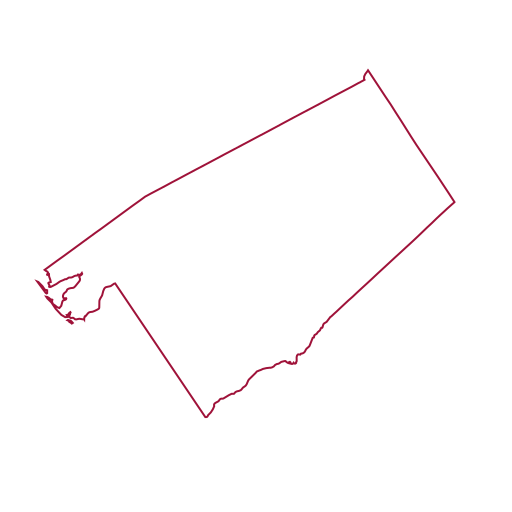 SVG path tracing the border of Alabama, rotated 56°
{"feature_id": "USA-3541", "entity_name": "Alabama", "entity_type": "State", "adm_level": 1, "iso_a3": "USA", "parent_name": "United States of America", "parent_adm1": "", "projection": "equal_earth", "projection_center": [-86.886, 32.617], "detail": "fine", "context": "isolated", "style": "outline", "palette": "rose", "viewbox_px": 512, "rotation_deg": 56, "n_neighbors": 0, "source": "natural_earth", "source_scale": "10m", "svg_char_len": 5273}
<svg xmlns="http://www.w3.org/2000/svg" viewBox="0 0 512 512"><g transform="rotate(56 256 256)"><path d="M210.7,431.4L210.3,431.1L210.3,431.6L210.7,432.3L211.2,432.9L211.8,433.4L212.5,433.9L212.0,433.9L211.9,434.7L209.2,437.6L208.6,439.0L208.1,440.4L207.3,441.4L205.8,441.8L204.8,442.3L204.3,443.4L203.6,444.4L202.1,444.7L201.1,444.6L200.9,444.2L200.8,443.7L200.5,443.0L199.4,441.9L199.1,441.3L198.7,441.3L198.8,442.7L199.2,443.6L199.5,444.5L199.1,445.9L199.8,445.9L200.5,445.9L201.1,445.6L201.7,445.3L200.0,448.4L196.0,450.3L187.8,451.6L180.0,451.6L174.5,452.7L172.5,452.7L173.3,451.9L174.7,451.2L177.1,450.5L177.6,450.1L178.0,449.5L178.4,449.3L179.8,450.7L182.2,451.2L184.5,450.3L187.4,449.4L189.2,448.1L188.4,445.3L185.5,442.0L185.0,441.0L185.2,440.1L185.7,438.3L185.6,437.6L185.1,437.0L184.8,437.0L184.6,437.4L183.8,438.6L183.9,439.0L182.9,439.1L182.1,438.9L181.5,438.6L181.0,438.2L180.5,437.6L180.0,436.9L179.7,436.1L179.5,435.2L179.5,434.2L179.3,433.2L178.9,432.3L178.4,431.6L178.2,431.1L178.3,429.7L178.8,428.1L179.5,426.6L180.1,425.6L180.3,424.4L180.0,422.7L178.1,416.4L177.4,415.3L176.1,414.5L175.3,414.4L174.6,414.3L174.2,414.1L174.0,413.1L174.0,411.9L173.9,410.8L173.6,410.1L172.7,409.9L173.1,411.1L173.1,412.3L172.7,413.3L171.8,413.9L172.2,415.1L171.8,415.9L171.3,416.8L171.0,418.2L170.9,419.9L170.6,421.0L170.1,421.9L169.5,422.8L169.2,423.4L169.2,424.1L169.2,425.6L169.1,426.3L168.5,427.2L168.4,427.9L168.2,429.3L167.6,432.1L167.5,433.6L167.6,437.1L166.9,443.2L166.5,444.2L165.8,444.7L165.5,444.5L165.4,444.0L165.3,443.7L164.0,443.6L162.9,443.5L162.3,443.3L162.2,442.5L162.8,440.7L160.9,439.9L157.1,438.9L155.5,437.9L155.4,438.5L155.3,438.9L155.1,439.2L155.0,439.6L154.6,439.6L153.5,437.7L152.3,437.7L150.8,438.5L149.3,439.0L149.0,431.2L148.7,423.4L148.5,415.6L148.2,407.8L147.9,400.0L147.6,392.2L147.3,384.4L147.0,376.6L146.8,368.8L146.5,361.1L146.2,353.3L145.9,345.5L145.6,337.7L145.3,330.0L145.1,322.2L144.8,314.5L144.9,313.8L145.1,311.7L145.4,308.4L145.9,303.9L146.5,298.4L147.2,291.9L147.9,284.5L148.8,276.2L149.7,267.3L150.7,257.8L151.8,247.7L152.9,237.2L154.0,226.3L155.2,215.2L156.4,203.9L157.6,192.5L158.8,181.2L160.0,169.9L161.1,158.8L162.2,148.0L163.3,137.6L164.4,127.6L165.4,118.2L166.3,109.4L167.1,101.2L167.9,93.9L168.6,87.5L169.2,82.1L169.6,77.7L169.9,74.4L170.2,72.4L170.2,71.7L170.5,68.8L170.6,67.5L169.6,67.4L167.6,65.9L166.2,63.5L165.1,60.2L164.7,59.3L165.4,59.3L167.5,59.3L177.1,59.4L186.8,59.5L196.1,59.6L205.7,59.6L215.3,59.9L225.0,60.1L234.6,60.4L244.2,60.7L253.8,60.9L263.4,60.9L273.1,60.9L282.7,60.9L292.3,60.9L301.7,61.0L311.6,61.1L322.3,61.3L322.4,61.7L322.6,63.1L322.7,64.1L323.1,67.1L323.6,70.8L324.3,75.2L325.0,80.1L325.9,85.6L327.0,91.6L328.0,98.0L329.2,104.8L330.4,111.8L331.6,119.2L332.7,126.7L333.9,134.5L335.0,142.0L336.2,149.7L337.5,158.2L338.5,164.8L339.7,172.2L340.8,179.3L341.8,186.1L342.8,192.6L343.8,198.6L344.5,204.1L345.3,209.2L346.0,213.6L346.6,217.3L347.1,220.3L347.4,222.5L347.6,223.9L347.7,224.4L348.2,227.6L348.1,228.4L350.1,234.3L350.0,236.7L350.0,237.4L350.2,238.0L350.5,238.6L350.9,239.1L352.2,240.6L352.5,241.2L352.0,242.0L352.3,242.8L352.8,243.6L353.4,244.6L353.7,247.4L354.4,249.1L354.4,250.1L354.3,251.6L354.7,252.4L355.4,252.9L355.9,253.6L355.5,254.7L359.8,260.9L360.6,262.2L360.8,263.3L361.1,265.9L361.6,267.2L362.3,268.4L362.8,269.6L362.9,270.7L362.8,271.8L362.4,272.7L362.1,273.5L362.5,274.4L361.1,276.1L361.4,277.6L362.6,278.9L365.5,280.8L366.2,281.4L366.5,282.3L366.8,282.4L367.1,282.6L367.2,283.2L367.1,283.8L366.6,284.3L366.1,284.5L365.5,284.5L365.9,285.6L365.7,286.4L365.2,287.0L364.7,287.4L363.6,286.9L362.7,287.1L362.5,287.8L363.5,288.5L362.7,289.2L361.7,289.7L360.7,290.1L359.8,290.2L359.4,290.5L359.0,291.3L358.0,294.0L357.9,294.7L358.0,296.7L357.8,297.8L357.2,299.2L357.0,301.1L357.5,303.0L357.3,305.0L357.2,305.3L356.7,306.6L356.4,306.9L354.7,310.2L353.5,313.4L353.1,316.1L352.7,317.2L352.7,317.6L352.6,318.1L352.2,319.9L352.7,321.6L354.4,330.8L354.9,332.1L357.1,335.5L357.7,337.0L357.8,338.1L357.8,340.3L358.0,341.0L358.5,342.6L358.7,343.7L358.3,345.7L357.6,347.3L357.3,349.0L357.9,351.4L356.6,353.3L356.2,356.4L355.9,362.7L355.6,363.5L354.8,364.7L354.6,365.6L354.7,366.3L355.3,367.9L355.4,368.7L355.1,371.7L355.2,373.0L355.9,374.0L357.2,374.7L358.9,377.4L360.4,380.9L361.2,384.8L361.8,385.7L362.0,386.6L361.8,387.2L361.4,387.8L361.2,388.1L351.3,388.1L341.4,388.1L331.5,388.1L321.6,388.1L311.7,388.1L301.8,388.1L291.9,388.1L282.0,388.1L272.1,388.1L262.2,388.1L252.3,388.1L242.4,388.1L232.5,388.1L222.6,388.1L212.7,388.1L202.8,388.1L200.0,388.1L199.6,389.3L199.7,393.2L199.6,393.6L198.3,396.8L198.0,397.7L197.9,398.1L197.9,398.7L198.0,399.3L198.2,400.0L198.9,401.1L199.6,402.2L202.6,405.6L202.9,406.2L204.2,408.9L205.1,410.4L206.0,411.2L211.0,414.7L211.5,415.2L211.7,415.5L211.8,416.4L211.7,417.6L211.3,420.5L210.8,422.7L209.7,424.9L209.5,425.6L209.4,426.0L209.5,427.3L210.7,431.3L210.7,431.4ZM170.0,450.5L169.2,450.9L168.7,451.0L154.9,451.6L155.8,451.0L161.6,449.9L165.1,449.9L166.0,449.7L166.6,449.3L167.0,448.8L167.6,448.3L170.0,449.9L170.0,450.5ZM206.7,445.6L209.0,445.3L209.0,446.5L207.5,446.9L206.4,447.6L205.9,447.4L204.5,447.8L203.9,448.2L203.9,447.6L204.6,447.2L205.0,446.8L205.4,446.3L206.0,445.9L206.3,445.8L206.7,445.6Z" fill="none" stroke="#9f1239" stroke-width="2"/></g></svg>